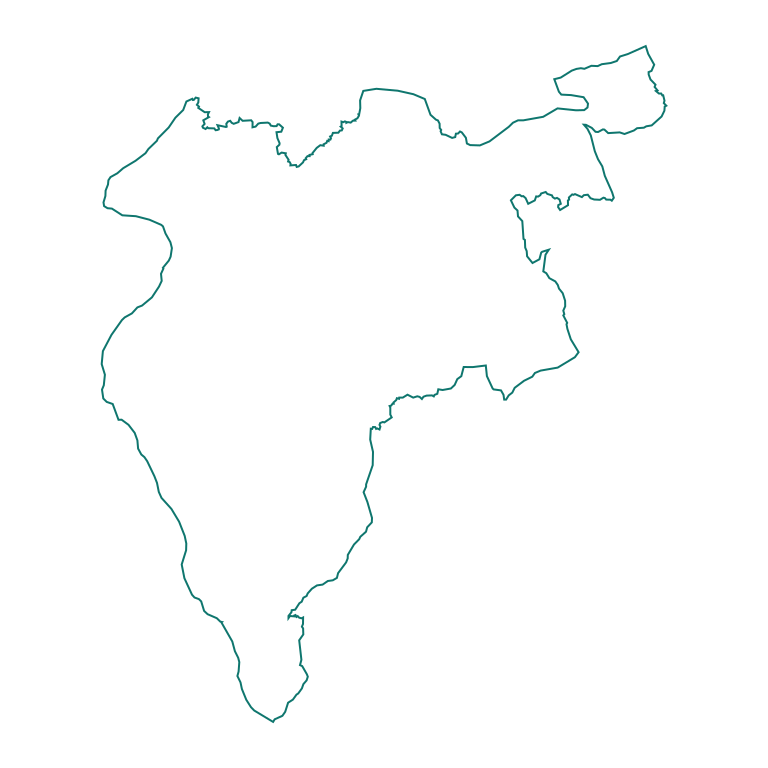 Lawra, Upper West, Ghana (Mercator projection)
{"feature_id": "2480657B49975124320145", "entity_name": "Lawra", "entity_type": "district", "adm_level": 2, "iso_a3": "GHA", "parent_name": "Ghana", "parent_adm1": "Upper West", "projection": "mercator", "projection_center": [-2.802, 10.62], "detail": "fine", "context": "isolated", "style": "outline", "palette": "teal", "viewbox_px": 768, "rotation_deg": 0, "n_neighbors": 0, "source": "geoboundaries", "source_scale": "gbopen_adm2", "svg_char_len": 6086}
<svg xmlns="http://www.w3.org/2000/svg" viewBox="0 0 768 768"><path d="M567.2,322.9L563.3,315.4L564.3,314.2L563.3,310.6L565.2,306.3L565.1,300.7L562.7,293.2L559.0,288.6L557.8,285.0L555.3,281.4L549.4,278.2L546.3,273.2L543.3,271.4L545.5,254.7L548.8,249.7L542.1,251.8L541.2,252.6L539.4,259.3L532.5,263.0L527.1,256.3L526.7,251.1L525.2,247.6L524.9,239.9L523.5,238.9L522.3,221.1L518.0,216.4L517.5,210.5L514.4,207.6L510.9,200.3L515.9,195.3L519.6,194.8L521.7,196.3L523.3,196.1L525.6,198.1L528.2,203.8L534.8,200.4L536.2,196.4L538.1,196.6L540.3,195.2L541.1,193.5L545.7,192.0L547.3,193.9L552.0,195.4L552.7,197.1L554.9,198.6L557.0,197.9L559.5,199.5L560.8,203.8L558.3,205.1L558.1,207.1L560.1,210.0L568.0,205.2L567.9,200.5L569.1,199.6L568.9,197.5L572.2,194.4L573.5,194.8L575.0,194.1L581.9,197.1L583.8,195.2L587.8,194.7L590.5,198.2L594.1,199.5L600.0,199.8L603.4,197.7L604.8,198.0L606.2,199.6L610.4,199.7L611.8,200.7L613.8,197.8L612.1,192.3L604.8,175.8L602.3,166.4L598.0,159.2L594.8,151.2L590.8,135.4L587.5,128.9L583.9,124.7L585.9,124.8L591.8,127.9L595.5,131.8L598.1,132.0L602.9,129.4L604.4,129.6L608.2,133.1L619.7,132.4L624.5,134.0L633.9,130.5L637.1,128.2L643.9,127.7L646.3,126.3L651.7,125.4L661.6,116.5L664.4,110.7L664.7,106.6L666.3,105.7L663.8,103.1L664.5,100.7L663.2,95.3L662.3,95.4L661.2,93.5L658.9,93.5L655.9,91.0L657.5,90.4L654.6,86.9L655.5,84.7L650.5,79.5L648.7,74.6L648.6,72.1L651.5,70.9L654.2,64.7L648.2,53.9L645.7,46.1L627.7,54.1L620.0,56.5L616.8,61.0L610.8,63.0L601.8,64.2L597.7,66.1L591.4,65.8L584.4,68.8L580.9,68.2L576.5,68.9L571.8,70.6L560.7,77.6L554.3,79.2L558.9,91.7L561.3,94.6L571.1,95.1L583.6,97.2L588.0,103.6L587.5,107.5L584.2,110.1L576.1,110.3L557.5,108.4L543.2,116.8L523.5,120.3L518.1,120.3L513.0,122.7L508.8,126.8L489.5,141.4L479.9,145.4L470.2,145.1L466.9,143.5L465.9,137.8L461.8,132.4L460.0,131.5L458.1,133.5L455.9,133.7L455.2,137.1L452.1,137.9L445.6,134.8L441.9,134.3L440.6,131.2L441.2,130.0L439.7,128.0L439.6,123.7L437.9,120.4L436.0,119.7L430.5,114.8L424.8,99.0L413.4,94.2L397.7,90.7L376.4,88.8L363.3,90.9L360.1,100.4L360.3,108.2L359.2,114.1L358.4,114.3L359.0,115.6L357.4,118.3L354.8,119.7L355.3,120.6L352.9,120.7L350.7,122.6L347.9,122.1L346.4,122.8L346.4,122.0L344.9,121.4L343.3,122.2L341.5,121.6L341.6,126.1L340.7,126.6L342.7,128.4L341.8,130.4L339.9,130.6L338.4,132.7L332.9,132.9L331.9,135.7L330.1,136.5L331.0,138.2L330.4,139.6L328.7,139.5L328.6,141.2L327.2,140.9L326.5,142.8L323.6,144.3L323.7,145.7L320.3,145.2L316.7,147.9L312.5,153.1L312.7,154.2L309.5,154.9L309.6,156.1L307.5,156.1L305.7,158.2L306.2,159.2L304.0,160.2L303.0,162.4L298.7,166.4L296.7,166.9L296.0,165.0L290.4,165.4L290.6,163.7L289.6,162.0L288.1,161.5L288.6,159.8L285.4,154.9L285.8,153.3L281.6,152.6L278.9,154.3L278.0,153.9L276.8,147.1L279.4,144.7L279.6,143.2L277.4,138.1L276.5,132.2L281.3,131.7L282.9,127.7L279.1,124.3L277.6,124.3L276.6,126.1L273.6,126.2L270.8,125.6L269.7,123.6L267.8,122.6L260.5,123.0L258.3,123.6L255.6,126.6L252.5,127.3L252.6,122.1L251.2,120.3L242.6,120.8L239.6,118.0L238.5,122.1L233.7,123.8L231.7,122.8L230.2,120.8L227.9,121.6L226.3,123.8L226.7,126.7L226.0,127.0L217.5,125.2L218.9,128.4L218.8,129.4L217.3,130.0L215.6,130.2L214.3,128.4L208.2,128.2L207.3,127.3L205.6,129.0L202.9,127.7L202.4,126.3L204.6,123.9L203.3,120.3L208.9,117.1L208.0,116.5L207.9,114.3L209.0,112.1L204.7,112.2L198.3,107.9L199.0,106.6L196.9,104.8L198.3,102.5L198.6,98.3L195.7,97.6L193.8,99.9L192.9,100.0L192.3,98.8L186.4,101.5L183.2,110.0L175.4,117.7L168.7,127.5L157.9,138.4L156.9,140.8L148.4,149.0L145.5,153.2L135.5,160.8L123.2,168.2L117.3,173.3L110.5,177.1L108.4,180.3L108.0,184.5L105.6,190.6L105.4,196.0L103.5,202.4L104.1,206.1L107.5,208.2L111.9,208.6L122.3,215.3L135.9,216.2L149.4,219.7L161.3,224.9L163.0,226.4L165.5,233.5L170.4,242.2L171.9,248.1L170.6,256.7L168.8,260.6L162.9,267.8L163.4,268.6L161.0,273.8L161.7,280.9L159.0,286.6L151.9,297.4L142.0,305.6L137.4,307.4L131.9,313.4L124.7,317.4L121.9,320.1L111.5,334.8L102.9,351.1L101.7,364.1L104.9,374.7L103.8,385.3L102.0,389.6L103.3,398.5L106.7,401.9L112.7,404.0L118.5,419.8L121.6,419.7L128.5,424.8L134.7,432.9L137.4,440.4L138.1,448.6L141.3,454.5L144.4,457.1L147.2,461.2L154.4,476.2L157.0,482.9L158.8,491.9L161.5,497.9L171.4,508.9L179.1,521.7L184.7,535.9L186.3,543.5L186.1,550.3L181.7,564.5L184.4,578.2L192.0,594.7L194.5,597.5L198.9,599.1L201.2,601.4L204.1,610.9L207.6,614.2L216.8,618.2L220.3,621.6L221.9,622.0L221.4,622.4L232.3,641.5L234.9,651.2L238.2,657.8L239.3,662.1L238.6,671.5L237.4,676.0L240.5,682.4L241.9,689.0L246.3,699.8L251.0,707.2L254.2,710.5L273.1,721.9L274.7,719.3L282.4,715.8L285.2,711.8L288.1,702.7L292.9,699.6L296.5,694.6L298.2,693.5L301.9,688.4L303.4,684.1L306.6,680.4L307.8,676.7L306.9,674.3L302.2,666.1L300.0,665.1L301.4,659.8L299.2,640.3L303.3,634.4L303.1,628.4L301.9,626.7L303.0,624.0L303.1,617.5L301.6,618.3L299.2,617.7L297.7,616.1L296.6,616.9L295.5,615.0L294.3,615.5L294.5,616.4L290.0,616.0L288.5,618.1L288.5,615.9L291.4,612.3L291.7,610.2L295.2,609.7L299.4,603.2L301.7,601.7L303.4,597.7L306.6,596.0L307.7,593.4L311.9,588.7L317.0,585.4L322.6,584.6L327.8,581.0L332.8,580.3L336.9,577.9L338.1,573.1L346.1,562.4L347.7,558.4L347.8,554.9L354.0,544.5L359.2,539.2L360.3,536.8L366.0,531.7L367.2,527.3L371.8,522.4L372.0,517.9L367.4,502.0L363.6,492.2L366.1,486.7L366.1,484.4L372.7,465.2L373.0,451.9L370.2,439.6L370.8,428.7L372.2,428.9L373.0,427.0L375.2,427.1L376.1,428.9L377.1,428.4L379.5,429.5L380.4,426.6L379.5,424.9L380.2,423.0L382.8,422.0L384.4,422.4L391.7,417.4L390.3,414.6L390.3,407.6L389.6,406.0L391.2,405.6L392.6,403.6L393.7,403.7L393.6,402.4L396.2,400.1L396.9,398.2L399.0,398.8L399.2,397.6L402.8,397.6L407.5,394.7L413.2,397.6L417.3,396.3L419.6,396.9L421.9,399.0L423.5,396.7L426.6,395.6L432.0,395.4L433.8,396.4L434.5,394.9L437.3,393.8L438.3,389.3L442.6,390.0L450.9,388.5L454.7,384.9L457.3,379.1L461.3,376.2L463.7,367.0L472.7,367.1L485.8,365.5L486.9,376.1L492.6,388.4L493.6,389.4L501.0,390.4L503.5,394.8L504.2,399.6L506.1,399.6L508.7,395.4L512.3,392.6L514.7,387.8L524.0,380.8L532.3,376.7L534.9,373.0L540.6,370.6L557.7,367.6L574.9,357.2L578.6,352.2L570.8,339.3L567.4,328.9L566.5,324.2L567.2,322.9Z" fill="none" stroke="#0f766e" stroke-width="2"/></svg>